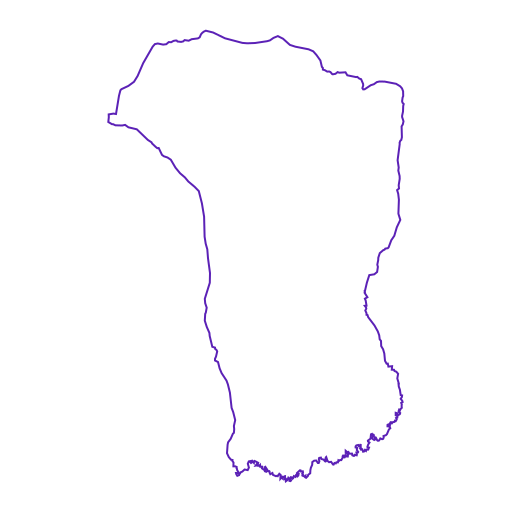 outline of Kham Thale So, Nakhon Ratchasima, Thailand
{"feature_id": "78962969B48242512834839", "entity_name": "Kham Thale So", "entity_type": "district", "adm_level": 2, "iso_a3": "THA", "parent_name": "Thailand", "parent_adm1": "Nakhon Ratchasima", "projection": "equal_earth", "projection_center": [101.939, 15.02], "detail": "fine", "context": "isolated", "style": "outline", "palette": "violet", "viewbox_px": 512, "rotation_deg": 0, "n_neighbors": 0, "source": "geoboundaries", "source_scale": "gbopen_adm2", "svg_char_len": 6048}
<svg xmlns="http://www.w3.org/2000/svg" viewBox="0 0 512 512"><path d="M108.3,122.0L112.0,124.2L113.1,124.2L115.4,125.3L122.2,125.5L125.1,124.9L128.4,127.3L136.8,129.3L147.8,139.9L151.5,142.3L152.1,143.5L155.7,146.9L157.3,148.2L158.7,148.0L162.0,154.9L163.9,156.3L167.5,157.5L170.8,159.7L175.5,167.7L180.1,173.3L184.9,177.4L188.3,181.5L194.6,186.8L198.8,191.1L201.9,203.3L204.1,216.7L204.6,236.7L205.7,243.7L207.3,249.3L208.0,258.2L210.0,273.1L209.8,282.8L204.8,298.8L205.2,303.2L206.7,307.7L205.8,312.6L205.2,313.9L204.8,320.7L206.8,327.0L209.4,332.9L209.7,336.0L212.3,346.8L215.0,347.6L215.1,348.8L216.5,350.0L217.2,351.4L216.0,356.6L215.0,358.8L215.0,360.5L218.0,362.0L219.6,368.3L221.6,373.1L226.5,380.6L227.9,384.4L229.9,392.6L231.6,407.9L233.2,412.1L235.2,420.1L233.9,426.0L234.2,429.1L233.9,432.8L232.9,433.7L230.7,438.8L228.1,442.3L227.6,444.7L227.0,453.2L228.8,457.1L231.0,459.7L232.5,460.0L232.4,461.0L233.5,462.5L233.4,466.3L235.2,466.3L236.7,467.0L236.6,468.4L237.0,468.9L237.1,470.0L238.4,472.2L237.8,473.1L236.0,473.0L236.3,474.2L237.3,475.8L239.1,475.1L239.4,474.0L240.1,473.5L240.6,472.3L242.3,471.6L244.6,469.5L247.7,470.1L248.9,467.6L247.8,463.7L248.8,461.4L250.8,461.0L250.5,462.5L251.0,463.0L252.1,462.2L252.5,461.2L253.9,462.9L254.2,461.1L254.5,460.9L258.2,462.8L258.0,463.5L257.0,463.7L255.7,465.6L256.8,465.4L257.4,465.7L258.2,465.2L259.1,466.0L260.1,464.9L260.4,466.8L262.3,466.7L262.5,467.2L262.0,468.4L264.0,469.8L264.9,468.5L265.0,467.0L265.3,466.8L266.9,469.2L265.6,469.5L265.0,471.3L266.3,471.8L267.5,471.0L269.3,471.1L269.6,471.6L269.5,472.6L270.3,474.2L272.4,473.0L273.0,474.9L276.0,476.2L277.3,475.7L277.8,476.1L279.3,473.8L280.6,474.9L280.4,478.8L281.5,477.6L282.7,478.6L282.6,476.8L284.2,477.4L284.5,476.3L285.0,476.2L284.9,478.9L285.9,478.7L286.2,479.2L285.6,480.2L285.8,481.3L287.4,480.1L288.3,477.8L289.7,479.5L289.5,480.9L290.4,481.1L291.1,480.5L290.7,479.5L290.7,478.0L290.4,477.7L290.7,477.2L292.2,477.4L292.7,478.6L293.2,478.2L293.9,476.1L295.4,476.9L295.8,475.5L297.4,476.5L298.3,475.5L298.6,474.0L296.9,474.4L296.9,473.1L299.9,470.3L300.6,470.4L301.0,471.5L302.8,471.3L303.0,472.5L302.3,473.5L303.0,474.3L302.3,475.1L302.4,475.6L304.3,476.4L305.4,475.7L305.2,477.3L306.1,477.8L307.9,476.0L308.2,474.8L310.2,473.3L310.4,470.0L310.9,467.7L312.2,464.8L312.3,462.1L314.1,460.7L316.2,460.5L317.9,463.0L318.7,463.0L319.4,461.2L318.8,459.2L319.2,457.9L320.9,457.6L321.3,459.0L323.6,459.6L325.0,461.3L325.6,461.5L326.2,461.0L325.5,458.7L325.8,457.4L326.2,457.0L327.5,460.9L329.1,462.2L331.1,461.8L333.0,464.5L333.6,464.6L334.5,463.0L335.8,463.4L336.4,462.3L337.9,462.4L338.4,460.2L339.3,460.7L340.1,460.0L341.3,460.1L342.8,457.3L342.6,456.3L343.1,455.5L343.7,455.6L344.4,457.4L344.8,457.3L345.4,455.2L346.8,456.5L347.8,456.5L348.0,454.5L345.7,452.7L345.7,450.8L347.3,452.2L348.4,451.9L349.4,453.7L352.0,453.6L352.3,455.3L353.6,455.9L354.3,455.8L354.6,454.8L356.7,455.3L356.9,454.4L356.4,452.5L358.0,452.4L358.2,451.9L356.8,450.0L357.2,447.9L355.6,447.5L355.6,446.4L356.4,445.4L358.2,445.0L358.6,446.0L359.2,446.2L360.2,444.8L360.7,444.9L360.7,447.3L360.1,448.3L361.0,449.6L361.8,448.9L362.3,449.3L363.1,451.7L364.3,451.4L364.9,450.0L366.0,450.9L366.4,449.6L368.2,449.6L369.0,447.6L367.5,447.3L367.4,446.8L368.2,444.5L369.5,442.5L368.0,441.5L367.9,440.6L370.5,438.7L371.0,434.3L372.0,433.9L372.5,435.2L373.5,434.7L373.9,435.2L372.2,437.9L372.5,438.8L374.2,440.0L375.1,439.5L374.8,437.2L375.8,437.5L377.2,440.3L378.0,440.8L379.1,440.5L380.3,438.4L382.1,439.2L383.2,438.8L383.7,437.4L383.5,436.0L385.9,435.2L386.9,434.2L388.9,429.5L390.3,428.2L390.0,427.5L388.8,426.4L387.5,426.3L387.5,424.9L388.3,424.4L389.4,425.6L389.9,425.6L390.0,423.3L390.6,422.2L391.0,422.1L391.9,423.3L392.9,422.1L394.5,421.9L394.9,420.7L395.8,421.0L396.7,419.4L396.1,418.0L397.3,417.6L397.5,416.1L395.7,415.3L395.7,412.8L397.4,413.3L397.4,414.9L397.7,415.4L399.8,414.2L400.2,413.0L398.6,411.6L398.8,410.4L399.1,409.7L399.9,410.5L400.5,409.1L401.8,407.8L401.6,405.9L401.8,404.6L401.2,402.9L402.6,402.1L402.3,400.9L400.7,398.8L401.9,397.0L402.1,395.4L400.7,395.1L399.9,389.7L398.8,386.6L398.5,383.7L398.8,383.6L397.3,378.4L398.1,373.8L396.3,371.7L394.5,371.0L394.0,369.8L391.8,369.7L392.1,366.2L388.4,366.6L387.8,363.6L386.6,363.7L385.0,360.8L384.3,353.5L383.1,349.3L381.2,346.1L381.0,340.9L379.7,339.3L379.2,335.3L377.8,331.4L374.5,325.5L368.2,317.2L367.5,315.0L366.5,314.8L366.5,313.2L365.3,310.5L366.3,308.6L366.0,307.4L364.8,305.8L366.5,305.6L365.7,300.6L364.9,298.7L367.4,297.2L364.6,292.8L365.0,292.2L364.6,291.0L365.0,290.7L366.9,282.6L369.3,275.1L374.3,274.3L377.1,272.0L377.9,266.8L377.3,264.7L378.2,260.1L378.3,257.7L379.8,253.1L383.3,250.1L384.5,249.7L385.3,248.6L387.8,248.2L388.6,247.4L391.3,240.2L394.3,235.8L396.8,227.3L400.3,219.9L398.4,213.7L398.9,199.7L398.2,193.7L397.1,190.1L399.0,188.5L398.7,185.2L399.7,178.9L399.6,176.0L398.3,170.6L398.7,167.5L397.6,160.2L399.7,144.1L399.6,142.7L400.3,140.8L401.3,139.9L401.9,137.2L401.6,126.4L402.8,124.4L403.5,121.3L402.1,117.0L402.1,115.8L403.0,111.6L403.2,105.9L403.7,104.0L402.5,102.7L402.1,101.2L402.6,97.5L403.2,96.1L403.1,91.3L402.0,88.4L400.2,86.3L396.1,83.8L384.7,81.6L379.4,81.5L376.8,82.1L373.9,84.2L370.8,85.2L364.6,89.3L363.2,89.4L362.4,88.1L363.2,85.5L363.1,83.9L361.1,79.2L359.3,78.6L357.3,76.9L356.1,77.1L347.3,75.3L345.5,72.3L339.2,72.7L337.6,72.1L335.5,73.8L332.8,74.3L332.2,74.1L330.5,72.1L329.2,71.5L327.2,71.6L324.9,70.2L322.9,69.6L322.8,67.8L321.9,66.9L320.4,60.5L316.4,54.9L313.2,51.3L308.6,49.3L295.4,46.7L289.9,44.9L283.0,38.7L277.8,36.1L273.5,37.9L269.9,40.4L267.1,41.2L255.1,43.0L247.4,43.3L242.4,42.9L225.0,38.3L213.1,32.5L205.8,30.7L203.7,31.7L202.1,33.0L201.0,34.3L199.7,37.3L197.9,38.4L191.7,39.2L188.7,40.7L184.6,40.1L183.2,41.4L181.1,41.9L177.5,41.5L176.6,40.5L175.6,40.5L173.5,40.9L171.2,42.2L168.7,42.1L166.3,44.2L163.1,44.6L157.8,43.5L154.9,44.1L152.7,46.6L143.2,63.1L137.6,76.0L134.0,81.8L128.4,85.9L121.4,89.2L120.4,90.3L119.0,95.7L116.0,114.0L113.4,113.6L108.7,114.4L108.8,117.3L108.3,122.0Z" fill="none" stroke="#5b21b6" stroke-width="2"/></svg>